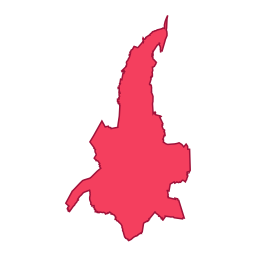 outline of Tepeyahualco, Puebla, Mexico
{"feature_id": "50627088B49608937685636", "entity_name": "Tepeyahualco", "entity_type": "district", "adm_level": 2, "iso_a3": "MEX", "parent_name": "Mexico", "parent_adm1": "Puebla", "projection": "equal_earth", "projection_center": [-97.469, 19.519], "detail": "fine", "context": "isolated", "style": "filled", "palette": "rose", "viewbox_px": 256, "rotation_deg": 0, "n_neighbors": 0, "source": "geoboundaries", "source_scale": "gbopen_adm2", "svg_char_len": 5769}
<svg xmlns="http://www.w3.org/2000/svg" viewBox="0 0 256 256"><path d="M94.2,158.3L95.4,159.5L96.0,159.8L95.9,160.0L96.0,160.6L97.7,160.8L99.7,163.4L99.0,164.3L100.1,165.7L99.5,166.5L100.8,168.2L97.1,171.3L91.3,177.1L89.8,178.2L84.3,179.9L82.6,180.6L80.1,183.0L72.8,190.7L72.1,191.3L72.1,191.5L65.8,203.2L66.3,203.8L68.9,206.1L68.8,206.3L67.9,207.3L67.3,208.7L68.0,208.9L67.8,209.9L68.7,210.2L68.4,211.0L69.3,211.2L69.2,211.5L69.5,211.6L73.2,206.4L74.6,205.0L75.3,203.6L76.6,202.3L77.1,201.1L78.4,199.9L77.7,199.2L79.2,197.2L79.2,196.9L81.5,194.8L83.0,193.0L84.2,192.2L89.6,190.2L89.8,190.8L89.8,191.5L90.1,192.4L90.0,193.8L90.2,194.5L90.0,195.9L89.7,197.3L89.7,199.1L89.9,200.2L90.9,202.6L90.8,204.3L91.8,205.1L92.0,206.1L93.9,205.6L94.1,206.0L94.0,206.7L94.1,207.4L94.3,207.9L94.1,207.9L94.4,208.2L94.5,209.0L94.7,208.9L95.1,209.3L95.2,210.0L95.5,209.9L95.8,210.4L95.6,211.3L95.3,211.7L96.6,212.0L96.6,211.8L96.9,211.7L97.1,211.0L97.2,211.7L97.7,211.7L97.5,212.5L99.2,212.7L99.9,212.0L102.8,212.6L103.5,212.3L104.5,212.6L105.2,213.3L105.5,214.0L106.7,213.5L107.5,214.0L107.2,213.6L107.9,212.8L108.4,213.1L108.9,212.9L109.4,212.1L109.6,212.0L110.5,212.6L110.7,212.9L110.9,213.0L111.0,213.3L111.6,213.5L111.4,213.8L111.7,213.8L111.8,214.1L112.2,214.1L114.2,215.0L115.7,217.0L115.8,217.3L115.6,217.4L115.7,217.6L115.4,218.0L115.6,218.6L115.4,218.8L115.6,219.0L115.4,219.3L116.1,219.3L116.6,220.4L117.0,220.8L118.3,221.3L118.9,222.2L120.6,223.7L121.6,225.2L122.0,226.1L122.0,227.5L122.6,228.7L122.7,230.1L122.6,230.5L123.4,232.2L123.6,233.3L124.7,237.0L125.4,237.6L125.6,238.2L128.0,239.3L127.9,239.8L128.7,240.6L131.1,239.4L133.5,237.3L136.3,235.7L135.6,236.3L137.7,235.4L137.8,234.9L140.1,233.4L140.7,233.5L140.9,233.0L141.2,233.1L141.1,232.8L142.2,232.0L143.5,223.7L143.8,223.0L146.0,221.7L147.7,221.3L148.0,220.8L147.6,221.0L147.5,220.8L148.7,220.4L149.0,219.5L148.9,219.3L149.0,218.7L149.6,218.8L149.7,218.4L152.0,215.6L154.8,212.2L154.9,212.3L155.5,211.5L155.1,212.5L159.3,215.8L159.0,216.3L159.8,216.4L160.7,217.1L161.3,218.6L162.0,218.0L162.4,219.3L162.7,220.0L162.9,220.1L165.4,216.6L165.3,216.2L170.1,216.8L170.7,217.0L172.1,216.9L173.5,217.0L174.1,217.7L182.6,218.9L183.1,217.8L184.2,218.0L178.7,200.3L177.9,200.0L177.6,198.8L175.0,198.2L175.3,199.3L168.2,197.6L168.3,196.7L167.9,196.6L167.8,196.0L168.1,195.3L168.2,194.9L167.8,193.2L167.8,192.2L167.4,190.8L166.7,190.3L169.0,191.0L170.2,184.1L174.1,181.9L174.8,183.2L176.8,182.0L178.7,182.6L179.5,182.0L180.0,182.3L180.6,182.2L182.3,180.3L183.1,180.3L183.7,180.6L185.4,181.9L185.6,181.5L185.7,180.7L186.6,179.7L186.7,178.8L187.8,176.0L187.3,175.7L187.6,175.0L187.3,174.8L186.6,175.3L187.0,174.5L187.7,173.5L187.0,173.1L187.0,172.7L187.2,172.0L188.7,171.6L189.1,172.4L190.2,170.3L189.6,149.3L187.8,149.2L187.6,146.3L186.1,144.1L183.8,146.9L181.8,144.5L179.1,142.8L177.3,143.4L174.8,143.9L167.9,144.4L167.2,144.3L165.9,143.8L165.3,143.5L164.3,142.6L163.4,142.3L163.5,139.8L162.8,139.2L163.6,137.7L163.6,136.7L164.2,135.4L164.8,135.8L165.1,135.4L164.6,132.3L164.0,131.8L164.4,131.2L164.3,130.3L164.5,130.1L163.0,128.9L162.0,126.0L162.7,125.1L162.2,124.6L162.9,123.8L159.8,117.2L161.1,116.5L161.0,116.4L160.7,116.1L155.8,114.8L154.8,113.9L155.6,112.9L155.1,112.1L154.8,112.6L153.9,112.4L153.1,113.6L152.5,104.1L152.6,102.7L152.9,101.7L153.0,96.5L152.4,94.6L151.3,92.1L151.6,91.8L151.5,89.4L151.6,87.6L151.4,87.1L151.4,85.9L151.2,85.4L150.9,85.3L150.7,84.6L150.0,84.8L149.6,84.5L149.5,84.2L149.6,83.4L150.1,82.4L150.7,80.3L150.7,80.1L151.1,79.0L150.7,77.4L150.9,77.0L151.6,77.3L151.8,77.1L152.0,76.7L151.8,76.2L152.4,76.1L152.4,73.7L152.1,72.5L152.8,70.4L152.4,67.3L152.9,67.3L153.1,67.0L154.4,66.3L154.9,65.3L155.6,64.3L156.0,63.4L156.0,62.3L156.2,62.2L153.6,59.4L153.1,59.1L152.7,57.8L152.9,57.3L152.6,56.9L152.0,56.6L152.1,54.5L153.0,55.3L153.1,54.9L152.9,54.4L152.6,54.4L152.7,53.8L153.0,54.0L152.8,52.3L153.3,51.7L152.9,51.2L154.3,49.8L156.0,46.9L156.4,46.6L157.0,45.3L157.6,45.0L157.8,44.7L158.7,44.1L159.4,43.4L159.4,43.2L159.6,43.3L159.1,44.4L159.2,44.7L160.2,46.4L160.2,47.0L160.5,47.7L160.3,49.2L160.5,50.4L160.6,52.5L160.9,50.7L161.4,50.6L162.1,50.9L165.1,40.6L165.3,39.4L165.5,39.2L167.0,35.6L167.0,33.4L166.8,31.5L166.3,30.1L166.6,28.0L167.0,18.9L167.7,15.4L166.5,18.0L165.2,21.4L164.4,25.0L164.5,28.4L163.7,28.1L162.8,28.1L162.1,28.6L160.5,29.1L157.2,29.9L155.9,30.7L154.8,30.8L154.4,31.2L153.8,31.5L153.4,31.4L152.4,31.9L151.9,32.7L150.5,33.8L149.9,34.5L149.9,35.1L149.5,35.0L145.7,37.5L145.8,38.1L144.9,39.1L144.5,39.3L144.0,39.2L143.1,37.9L142.8,38.9L143.3,40.6L143.0,41.1L143.5,41.5L143.3,42.4L142.8,41.9L138.4,47.1L137.9,47.5L137.1,47.6L135.6,46.8L134.6,46.8L134.1,46.4L134.0,46.5L132.5,49.3L131.2,50.1L130.6,51.7L129.9,52.2L130.0,52.9L130.5,53.1L130.4,53.4L130.2,53.6L130.2,54.7L130.1,54.8L129.3,54.6L129.2,55.3L129.8,55.7L129.4,57.2L129.0,58.0L128.6,58.3L128.4,58.8L127.7,60.5L127.1,61.0L126.6,61.7L126.4,62.6L126.5,63.3L126.7,63.6L126.6,64.4L126.7,64.8L125.9,66.2L126.2,66.5L121.8,70.8L122.3,71.1L122.1,71.5L122.9,71.5L123.2,70.7L123.5,71.0L123.9,71.0L124.1,70.7L124.7,71.6L124.1,72.3L123.8,73.4L123.0,73.2L121.8,79.7L120.6,79.2L120.0,82.9L119.7,83.5L120.3,83.7L119.9,84.5L119.1,85.6L119.1,87.3L118.1,87.4L118.2,88.5L119.2,88.5L119.3,90.9L119.1,90.9L119.0,92.1L119.7,92.1L120.0,93.2L119.1,93.3L119.1,95.3L119.6,96.2L118.9,97.6L119.1,97.6L119.2,97.9L119.0,99.1L117.5,99.2L117.5,101.4L118.7,101.5L118.6,102.7L118.2,102.7L118.3,102.9L118.2,103.4L118.5,103.8L119.6,103.8L119.7,105.6L119.9,105.6L119.8,106.9L119.3,116.2L118.0,124.8L117.8,127.3L111.1,128.6L110.7,127.6L108.9,127.4L108.3,126.2L105.2,126.9L101.9,121.0L93.6,135.8L89.9,141.9L94.3,147.9L94.0,148.4L95.4,149.6L95.0,150.3L95.1,151.9L96.1,154.0L96.2,154.9L94.4,157.7L94.2,158.3Z" fill="#f43f5e" stroke="#9f1239" stroke-width="1.5"/></svg>